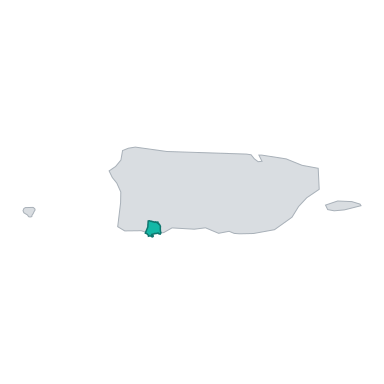 Guánica, Puerto Rico (highlighted)
{"feature_id": "32010507B43804230876127", "entity_name": "Guánica", "entity_type": "district", "adm_level": 2, "iso_a3": "PRI", "parent_name": "Puerto Rico", "parent_adm1": "", "projection": "natural_earth1", "projection_center": [-66.908, 17.98], "detail": "fine", "context": "in_parent", "style": "filled", "palette": "teal", "viewbox_px": 384, "rotation_deg": 0, "n_neighbors": 0, "source": "geoboundaries", "source_scale": "gbopen_adm2", "svg_char_len": 2217}
<svg xmlns="http://www.w3.org/2000/svg" viewBox="0 0 384 384"><path d="M254.2,158.7L258.1,161.7L262.0,161.3L258.9,155.1L261.7,155.1L286.2,158.9L302.0,165.3L318.2,168.3L319.2,189.3L306.8,197.7L298.6,206.5L292.0,217.2L274.5,229.7L253.5,233.5L239.5,233.8L234.2,233.4L229.1,231.3L218.6,233.3L205.5,227.8L194.3,229.2L172.0,227.9L163.7,232.6L155.7,233.7L147.8,232.8L141.2,230.7L124.7,230.9L117.7,226.7L120.6,202.8L120.8,192.0L116.8,183.1L112.3,177.5L109.1,170.9L115.6,166.5L120.9,160.1L122.6,150.5L128.5,148.2L135.3,147.1L166.8,151.5L246.6,154.1L251.1,154.8L254.2,158.7ZM344.3,209.9L334.2,210.8L327.7,209.6L325.5,205.1L337.6,201.0L351.8,201.6L360.0,204.1L361.0,205.7L344.3,209.9ZM31.3,216.8L30.1,217.0L28.9,216.8L28.4,216.4L27.5,215.0L23.9,212.8L23.0,210.7L23.9,208.5L25.4,207.6L32.8,207.4L33.5,207.6L35.0,209.1L35.0,210.2L34.3,211.2L33.0,213.9L32.5,214.5L32.0,215.2L31.9,216.4L31.3,216.8Z" fill="#d9dde1" stroke="#a8b0b8" stroke-width="1"/><path d="M157.6,222.1L157.2,222.2L157.0,222.3L156.7,222.2L156.3,222.4L156.0,222.2L155.6,222.2L155.6,221.9L155.0,221.9L154.8,222.1L154.3,222.3L153.8,221.9L153.2,221.7L153.1,221.8L152.8,221.8L151.7,221.2L151.3,221.2L151.1,221.4L150.7,221.3L150.4,221.1L149.7,220.8L148.9,220.8L148.6,220.9L148.2,221.0L148.0,223.9L147.9,224.7L147.9,225.7L147.8,227.1L147.7,227.3L145.3,233.1L145.7,233.3L146.4,233.5L147.0,233.8L147.7,234.6L148.1,235.0L148.5,235.6L148.5,236.2L149.4,236.0L149.8,235.9L150.6,236.0L151.1,236.2L151.5,236.6L152.0,236.8L152.6,236.9L153.0,236.5L153.1,236.4L153.3,236.1L153.2,235.8L152.7,235.7L152.2,235.5L151.7,235.3L151.6,234.9L151.8,234.4L152.1,234.3L152.9,234.2L153.4,234.1L153.5,234.0L154.1,233.9L154.5,233.5L155.4,233.5L155.9,233.5L156.0,233.5L156.5,233.4L156.9,233.3L157.0,233.3L157.2,233.2L157.7,233.0L158.2,233.0L158.6,233.4L158.6,233.7L159.9,234.1L160.1,234.1L160.3,234.1L160.4,233.9L160.4,233.4L160.6,232.9L160.9,232.8L160.6,231.7L160.4,231.1L160.4,230.7L160.3,227.8L160.4,227.1L160.4,226.6L160.4,226.2L160.2,225.9L160.0,225.4L159.8,225.1L159.7,224.8L159.6,224.7L159.1,224.4L158.8,224.2L158.9,223.9L158.9,223.7L158.5,223.4L158.3,223.5L157.9,223.3L158.0,223.2L158.0,222.8L157.7,222.9L157.6,222.6L157.6,222.1Z" fill="#14b8a6" stroke="#0f766e" stroke-width="1.5"/></svg>